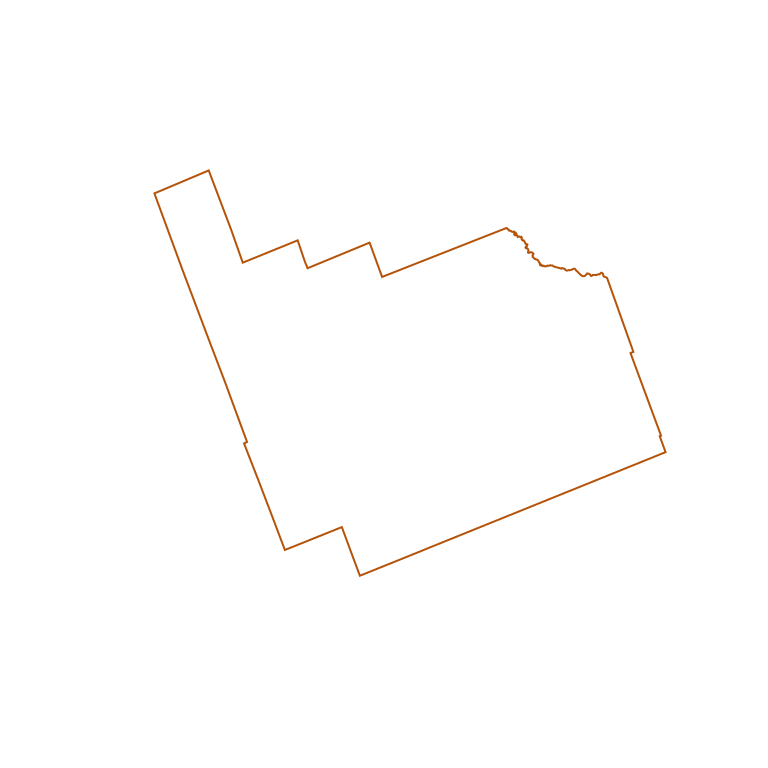 General La Madrid, Buenos Aires, Argentina (Robinson projection), rotated 113°
{"feature_id": "61730980B93674688207762", "entity_name": "General La Madrid", "entity_type": "district", "adm_level": 2, "iso_a3": "ARG", "parent_name": "Argentina", "parent_adm1": "Buenos Aires", "projection": "robinson", "projection_center": [-61.69, -37.401], "detail": "fine", "context": "isolated", "style": "outline", "palette": "amber", "viewbox_px": 768, "rotation_deg": 113, "n_neighbors": 0, "source": "geoboundaries", "source_scale": "gbopen_adm2", "svg_char_len": 4233}
<svg xmlns="http://www.w3.org/2000/svg" viewBox="0 0 768 768"><g transform="rotate(113 384 384)"><path d="M298.2,669.8L298.7,669.4L358.2,613.6L411.6,562.6L443.4,532.0L490.9,487.4L493.4,489.6L521.6,462.1L548.6,436.1L575.5,410.4L532.2,366.9L552.8,347.5L569.9,331.3L522.0,283.3L517.1,278.5L336.7,98.2L324.3,109.8L323.3,108.8L259.2,169.2L257.0,167.0L199.3,220.0L199.0,221.3L199.0,221.6L199.1,222.0L199.2,222.5L199.2,223.2L199.0,223.9L198.7,224.3L198.3,224.7L197.8,224.9L197.4,225.2L197.1,225.5L196.8,226.0L196.6,226.5L196.5,227.1L196.8,227.5L197.2,227.8L197.7,228.1L198.3,228.2L198.9,228.5L199.0,228.6L199.1,229.0L199.3,229.6L199.7,230.2L200.2,230.6L200.9,231.2L201.1,232.2L201.3,232.6L201.4,233.0L201.6,233.6L201.8,234.0L202.1,234.5L202.7,234.7L203.2,234.9L203.5,235.2L203.6,235.9L203.3,236.4L203.0,236.7L202.6,237.1L202.6,237.8L202.6,238.4L202.6,239.0L202.6,239.5L202.7,239.9L203.1,240.4L203.7,240.4L204.3,240.6L205.0,240.9L205.7,241.2L206.4,241.8L206.9,242.5L207.0,243.0L207.1,243.6L207.0,244.0L206.9,244.7L206.9,245.0L206.6,245.6L206.4,246.4L206.0,247.3L205.7,248.2L205.3,249.0L205.0,249.8L204.7,250.7L204.5,251.3L204.2,251.8L203.9,252.4L203.6,252.8L203.4,253.5L203.7,254.3L204.2,254.9L204.7,255.3L205.0,255.5L205.6,256.0L206.1,256.7L206.7,257.4L206.9,258.3L207.2,258.8L207.9,259.5L208.2,260.1L208.2,260.8L208.2,261.3L207.8,262.0L207.5,262.3L207.4,262.9L207.6,263.5L207.5,264.2L207.7,264.6L207.7,264.9L207.7,265.5L208.0,265.7L208.5,265.8L208.6,266.1L208.6,266.6L208.7,267.2L208.7,267.8L208.8,268.2L208.9,268.7L208.9,269.4L209.1,270.1L209.2,270.6L209.2,271.3L209.3,272.0L209.3,272.6L209.5,273.2L209.4,274.0L209.2,274.6L209.1,275.1L209.3,275.3L209.3,275.7L209.6,276.2L209.6,276.8L209.8,277.5L210.2,277.9L210.7,278.2L210.9,278.8L211.0,279.4L211.2,279.9L211.7,280.1L212.0,280.2L212.2,280.4L212.5,281.0L212.6,281.4L212.6,281.7L213.0,282.3L212.8,282.5L212.7,282.8L212.8,283.2L213.1,283.6L213.3,283.8L213.3,284.2L213.0,284.5L213.2,284.9L213.5,285.2L213.4,285.6L212.9,285.7L212.7,285.9L212.9,286.4L213.2,286.6L213.5,286.7L213.4,287.0L213.1,287.2L212.8,287.2L212.4,287.2L212.0,287.6L211.6,288.0L211.6,288.5L211.4,288.9L211.1,289.2L210.7,289.5L210.5,289.8L210.1,290.3L209.8,290.9L209.9,291.2L209.8,291.6L209.7,292.0L209.8,292.4L209.9,292.9L209.8,293.2L209.8,293.5L210.0,293.7L210.0,294.0L209.8,294.4L209.6,294.8L209.5,295.2L209.4,295.6L209.2,296.0L209.1,296.5L208.9,296.8L208.6,296.9L208.3,297.0L207.9,297.4L207.5,297.5L207.2,297.3L206.8,297.2L206.1,297.2L205.7,297.4L205.5,298.0L205.2,298.5L205.2,298.9L205.1,299.5L205.3,299.9L205.4,300.5L205.6,300.8L206.0,301.1L206.2,301.3L206.4,301.8L206.6,301.8L206.7,302.2L206.8,302.6L206.4,303.0L206.0,303.0L205.3,303.0L204.6,303.2L204.2,303.4L204.0,303.8L203.8,304.1L203.4,304.4L203.3,305.0L203.4,305.6L203.5,306.4L203.3,306.9L203.1,307.1L202.5,307.1L202.1,307.0L201.9,306.6L201.8,306.3L201.3,306.4L200.9,306.6L200.6,306.8L200.3,306.9L200.0,306.7L199.8,306.4L199.6,306.4L199.5,306.5L199.5,306.9L199.6,307.3L199.7,307.8L199.5,308.0L199.5,308.4L199.4,308.7L199.2,309.1L198.5,309.7L197.9,310.4L197.7,310.8L197.5,311.0L197.4,311.3L197.2,311.6L197.4,311.9L197.6,312.0L197.7,312.4L197.5,312.8L197.4,313.3L197.2,313.7L196.9,313.8L196.5,313.8L196.3,314.1L196.1,314.4L195.8,314.3L195.6,314.3L195.4,314.6L195.1,314.7L194.9,315.0L195.2,315.2L195.3,315.7L195.4,316.2L195.5,316.6L195.4,317.1L195.4,317.5L195.7,317.8L196.0,318.0L196.4,318.4L196.2,318.7L195.9,318.9L195.5,319.1L195.4,319.4L195.3,319.7L195.0,320.1L194.7,320.5L194.4,320.6L194.2,320.7L193.8,320.9L193.6,321.3L194.0,321.5L194.4,321.4L194.7,321.3L194.9,321.2L195.3,321.3L195.5,321.3L195.8,321.2L195.9,321.3L195.8,321.6L195.7,321.8L195.7,322.2L195.6,322.5L195.2,322.8L194.6,322.9L194.2,323.0L193.9,323.0L193.2,323.2L192.9,323.3L192.9,323.6L192.9,324.0L193.0,324.3L193.2,324.5L193.5,324.6L193.7,324.9L193.8,325.4L193.9,325.8L193.9,326.0L193.7,326.4L193.6,326.9L193.7,327.2L193.7,327.8L193.6,328.1L193.7,328.4L193.9,328.7L193.9,329.1L193.6,329.3L193.3,329.4L193.2,329.6L193.1,329.9L193.1,330.3L193.1,330.5L193.1,330.9L193.0,331.1L192.8,331.3L192.6,331.5L192.5,332.2L286.2,427.6L259.9,452.1L260.1,452.4L259.7,452.7L307.3,499.6L302.1,504.8L285.5,519.6L327.5,561.4L301.9,584.8L255.9,628.8L298.2,669.8Z" fill="none" stroke="#b45309" stroke-width="2"/></g></svg>